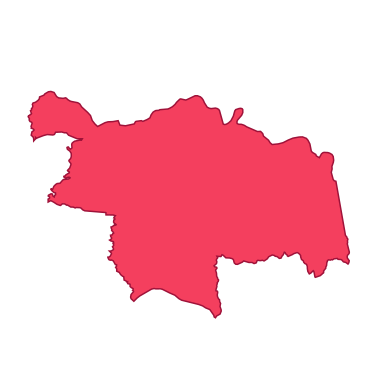 Villavieja, Huila, Colombia (Albers equal-area conic projection), rotated 78°
{"feature_id": "7082276B65922719732159", "entity_name": "Villavieja", "entity_type": "district", "adm_level": 2, "iso_a3": "COL", "parent_name": "Colombia", "parent_adm1": "Huila", "projection": "albers", "projection_center": [-75.128, 3.284], "detail": "fine", "context": "isolated", "style": "filled", "palette": "rose", "viewbox_px": 384, "rotation_deg": 78, "n_neighbors": 0, "source": "geoboundaries", "source_scale": "gbopen_adm2", "svg_char_len": 6029}
<svg xmlns="http://www.w3.org/2000/svg" viewBox="0 0 384 384"><g transform="rotate(78 192 192)"><path d="M73.2,330.0L74.6,329.8L75.5,330.1L76.7,330.9L76.9,331.6L78.4,331.9L78.9,333.1L82.0,332.7L82.6,333.7L82.6,334.2L83.3,334.9L83.4,336.0L84.3,336.6L86.5,335.8L87.6,336.3L88.4,336.2L89.5,335.7L90.3,334.4L91.5,334.1L94.4,335.8L95.6,335.6L96.1,336.0L97.5,334.0L98.5,333.6L99.1,334.2L99.8,336.0L103.0,337.5L105.4,335.9L106.9,335.8L109.1,336.2L107.3,333.7L106.2,333.6L107.2,332.9L106.9,332.0L105.9,325.5L105.7,321.7L107.3,316.2L107.1,314.6L105.2,313.0L106.2,307.0L107.5,304.6L108.0,302.4L110.8,300.9L116.0,293.3L117.1,288.2L118.4,289.4L117.9,291.3L117.9,296.3L118.7,298.1L119.4,299.2L120.5,299.8L123.9,300.2L124.8,301.9L123.9,302.9L122.3,303.5L122.2,304.6L122.6,305.1L124.3,305.0L126.6,303.0L129.1,302.1L131.8,302.6L133.2,303.2L134.2,304.0L135.3,305.6L135.8,305.9L136.5,305.8L138.9,304.6L140.0,304.7L143.1,306.6L145.0,309.3L145.7,309.1L146.9,307.8L147.7,308.0L149.0,311.8L149.9,312.5L149.9,313.9L150.3,314.2L151.1,314.0L152.1,312.7L151.8,310.0L152.1,308.9L152.7,308.3L153.1,308.6L153.6,310.4L153.1,315.1L153.5,316.0L156.0,319.3L155.7,322.2L156.3,323.8L157.7,325.9L160.4,327.8L160.4,328.2L159.6,328.8L159.6,329.2L160.0,329.5L161.4,328.9L163.9,327.1L164.5,325.7L166.3,326.0L166.7,327.0L168.2,327.8L167.1,328.8L165.1,329.0L164.7,329.3L164.5,330.4L165.3,333.1L166.0,333.5L167.1,332.5L167.8,332.4L168.7,332.9L169.0,334.2L171.9,334.8L171.1,331.9L173.0,329.6L176.0,326.6L177.6,324.0L177.8,323.3L176.6,321.3L177.2,319.0L178.8,317.4L178.9,316.5L181.5,313.7L182.1,311.2L183.3,309.6L183.1,308.4L184.1,304.7L184.7,303.9L186.7,302.6L188.1,300.8L194.1,280.8L194.3,280.5L196.5,280.9L198.1,273.9L199.2,271.9L200.3,273.3L201.1,273.9L201.5,273.1L202.5,273.1L202.9,273.3L203.1,274.3L205.1,275.0L206.1,274.5L207.0,274.5L207.1,273.7L208.2,273.0L208.5,273.4L208.5,275.4L209.4,277.5L209.4,278.5L210.8,278.5L212.2,278.2L212.9,278.6L215.4,277.2L216.0,277.2L216.3,278.2L217.3,278.9L217.3,280.7L218.6,280.8L220.0,280.2L220.7,280.3L221.6,281.4L221.9,282.6L222.9,281.7L224.2,279.2L225.6,279.2L225.6,279.9L225.9,280.0L227.0,279.6L228.1,279.8L229.0,281.2L230.5,280.7L231.6,280.6L232.2,281.3L232.9,283.3L232.6,285.1L235.0,283.6L235.7,283.6L237.9,285.5L238.4,287.0L238.2,287.8L238.6,287.9L240.8,287.4L241.7,286.2L241.8,284.9L243.0,283.3L247.0,282.1L247.5,280.9L249.0,281.3L249.8,282.4L251.5,281.6L253.8,282.1L255.6,279.8L257.9,279.0L259.9,277.5L260.7,276.4L264.1,276.7L265.1,275.1L266.3,274.7L266.3,273.6L267.9,274.0L268.4,273.8L269.1,272.0L269.5,271.8L271.6,272.2L273.0,271.2L274.2,269.7L275.7,270.0L275.9,270.5L276.8,269.8L277.3,269.9L279.6,272.9L282.0,273.9L283.7,273.8L286.8,271.6L284.2,267.6L282.8,264.7L278.6,251.8L278.5,249.2L279.2,247.6L280.1,243.1L281.0,241.2L286.2,234.7L289.4,230.2L293.6,227.0L295.7,224.6L303.4,208.8L305.6,205.3L308.2,202.7L310.7,199.0L317.1,196.3L318.8,196.3L319.9,195.2L318.4,193.7L317.2,189.9L314.6,188.2L313.3,188.0L309.7,188.4L306.9,187.2L305.3,187.7L302.9,187.5L302.3,188.2L299.8,188.8L297.9,188.7L295.8,187.8L294.6,187.7L294.2,187.9L293.7,189.0L292.8,189.0L289.6,187.3L288.3,187.2L286.9,186.3L286.1,186.3L284.8,184.9L283.6,184.3L282.5,184.9L281.1,184.9L279.7,185.4L276.3,184.9L273.9,185.2L272.9,184.9L272.0,183.6L271.5,183.4L270.7,183.6L269.9,185.3L268.8,185.8L267.2,183.0L266.5,182.6L265.3,182.2L263.6,182.4L262.5,181.6L261.7,180.5L260.0,181.0L261.1,177.4L261.1,177.0L259.6,175.7L260.3,174.7L263.4,172.6L264.4,168.8L265.6,166.5L266.7,165.6L270.2,165.4L271.8,164.2L272.2,162.4L271.1,157.4L270.2,155.8L272.8,150.9L273.4,147.9L274.8,146.3L274.9,145.6L274.6,143.8L272.9,142.8L272.5,141.8L273.3,139.7L273.5,137.1L274.4,135.9L274.3,135.4L273.0,132.2L271.3,130.5L270.3,126.6L271.3,124.5L272.1,124.1L272.9,122.1L275.1,120.4L275.2,118.7L273.3,117.1L272.4,115.8L270.1,114.2L270.6,113.5L272.2,113.1L273.3,112.1L274.3,112.0L275.0,111.4L274.0,106.5L273.5,105.5L273.1,101.8L273.7,100.9L275.3,99.6L276.7,99.0L278.2,99.2L280.8,98.9L282.3,97.5L284.0,97.3L285.3,96.6L286.6,95.0L288.8,94.7L291.1,95.1L293.8,95.2L296.5,94.3L296.0,92.6L294.2,89.8L294.9,89.4L296.3,89.3L300.7,89.4L301.1,89.0L300.5,84.0L299.4,81.9L298.7,81.1L298.6,80.3L297.7,79.8L296.6,79.7L294.4,77.0L293.1,76.7L292.0,75.7L288.8,74.7L288.3,74.1L287.6,74.0L286.7,72.7L287.4,70.7L287.1,69.5L287.6,68.7L286.9,67.0L287.2,63.7L288.2,63.2L289.0,60.4L289.5,59.7L291.8,58.4L292.9,56.2L294.9,54.4L293.8,53.3L291.9,52.5L288.8,53.8L287.3,53.6L286.2,53.0L284.9,51.2L283.5,50.6L275.0,50.9L273.8,50.3L272.0,50.1L270.8,49.4L269.9,49.5L269.2,50.0L268.3,49.9L266.4,50.9L265.7,50.9L211.4,49.0L210.6,50.5L209.1,51.3L201.7,51.7L198.7,50.2L196.0,49.8L192.4,47.6L190.3,46.8L186.6,46.5L184.4,47.3L182.6,49.3L181.7,50.9L180.7,54.6L180.8,55.8L181.6,57.4L184.9,60.3L182.6,62.9L181.0,63.1L178.3,66.0L176.8,66.8L169.5,66.7L165.5,67.8L163.3,69.0L161.1,72.4L160.5,75.7L160.3,82.1L161.2,87.1L162.7,92.7L162.9,97.6L162.2,103.8L160.0,105.4L157.2,106.4L152.3,110.4L149.5,110.7L147.0,112.3L146.4,115.5L139.6,125.0L137.8,126.8L136.8,128.3L136.0,129.8L135.5,132.2L134.4,133.6L132.7,133.5L131.1,132.5L127.3,127.5L124.9,125.8L122.0,125.2L121.0,125.6L120.3,126.8L120.1,128.5L120.5,132.1L121.6,133.3L126.4,135.8L130.4,139.1L132.1,142.0L132.9,144.6L132.7,146.3L132.1,147.3L117.9,148.2L116.7,148.8L115.6,150.0L114.8,151.6L114.4,155.9L113.7,157.6L112.2,159.5L107.3,161.3L104.4,161.9L102.3,162.8L100.7,164.0L99.0,166.6L98.5,169.0L100.6,177.8L100.7,179.1L98.6,183.7L98.7,184.7L101.1,188.5L102.8,190.4L104.5,193.4L105.4,196.3L105.8,198.3L104.8,206.3L105.2,207.5L104.8,210.4L105.1,211.7L105.8,213.5L108.1,216.0L110.7,217.7L111.8,220.8L112.7,225.4L111.7,226.7L111.3,231.6L111.4,232.6L113.4,234.4L113.4,243.3L111.6,248.6L106.9,249.4L106.7,254.7L105.9,259.5L106.1,262.6L108.3,270.7L105.3,272.8L101.4,274.7L96.1,275.4L92.5,277.5L85.9,282.2L82.5,283.5L80.9,285.2L78.3,291.3L77.4,292.7L75.6,294.5L74.3,295.2L73.6,296.1L73.6,298.6L72.2,302.9L70.5,304.6L66.0,306.2L64.3,309.1L64.1,311.6L65.4,315.5L66.5,316.8L67.3,321.3L69.1,322.0L70.4,323.6L71.7,326.5L71.9,329.0L73.2,330.0Z" fill="#f43f5e" stroke="#9f1239" stroke-width="1.5"/></g></svg>